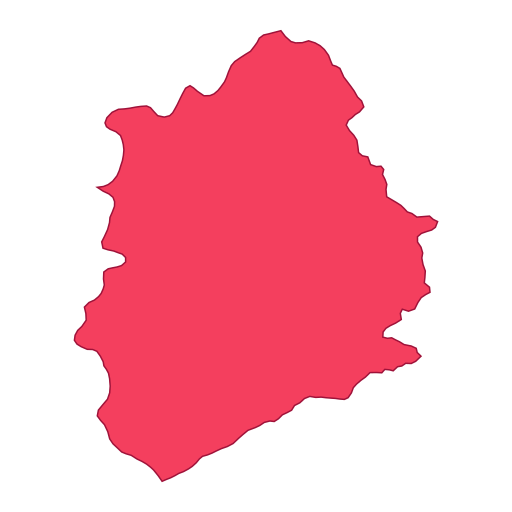 Miravânia, Minas Gerais, Brazil
{"feature_id": "56859067B46830192299051", "entity_name": "Miravânia", "entity_type": "district", "adm_level": 2, "iso_a3": "BRA", "parent_name": "Brazil", "parent_adm1": "Minas Gerais", "projection": "mercator", "projection_center": [-44.42, -14.75], "detail": "fine", "context": "isolated", "style": "filled", "palette": "rose", "viewbox_px": 512, "rotation_deg": 0, "n_neighbors": 0, "source": "geoboundaries", "source_scale": "gbopen_adm2", "svg_char_len": 3381}
<svg xmlns="http://www.w3.org/2000/svg" viewBox="0 0 512 512"><path d="M162.1,481.3L166.7,479.3L170.6,477.8L174.8,475.7L178.8,473.4L183.5,471.6L188.5,468.9L192.2,466.4L196.2,462.8L199.4,458.9L202.5,456.3L207.5,454.9L212.0,453.1L216.2,451.0L221.4,448.6L227.4,446.5L233.1,443.5L238.7,438.2L242.8,434.6L248.0,430.3L255.2,427.6L259.7,425.5L264.3,422.4L269.9,421.0L274.2,421.5L278.4,418.8L282.4,414.8L287.3,412.5L291.6,410.2L294.5,405.5L299.8,402.8L304.5,398.5L309.8,396.4L315.7,397.4L321.1,397.1L325.9,397.7L331.1,398.1L335.3,398.4L339.6,399.0L344.4,399.4L348.1,397.7L351.4,392.9L353.3,387.7L356.5,384.1L360.8,380.4L365.4,377.1L370.0,372.6L376.5,372.5L381.8,372.8L384.8,369.4L389.3,369.8L393.2,370.8L397.6,366.7L401.8,366.0L405.7,363.3L411.2,363.5L415.7,361.3L421.0,356.2L417.2,352.5L416.2,348.3L411.2,346.0L404.1,344.6L399.4,341.7L395.6,339.9L391.7,337.8L387.4,338.3L382.8,337.1L383.1,332.0L385.9,328.3L390.3,325.6L395.6,323.1L401.3,319.5L400.3,313.3L402.3,309.2L408.5,311.2L414.7,309.0L417.9,302.5L421.2,297.6L425.8,294.5L430.0,292.3L429.5,287.2L424.3,282.9L424.9,277.4L425.3,271.0L423.0,264.5L421.8,258.0L422.7,253.0L421.0,247.2L417.5,242.0L417.5,236.7L421.4,233.4L426.5,231.6L431.7,230.0L435.4,227.3L437.6,221.6L433.2,219.4L429.5,216.1L424.3,216.5L416.9,217.1L411.9,213.5L407.3,211.9L404.2,208.6L400.9,205.4L396.7,202.7L391.3,199.5L386.7,196.8L386.0,189.4L386.8,184.4L385.0,179.4L382.5,174.5L383.7,169.5L381.0,166.2L376.3,166.6L370.6,164.6L367.8,156.9L362.3,155.8L358.6,152.6L357.9,146.7L356.9,140.2L353.8,135.3L349.5,130.6L346.2,125.1L348.4,120.2L351.9,117.7L355.3,114.5L359.5,111.9L363.8,106.9L361.6,101.0L357.5,97.0L354.2,91.1L351.0,86.6L347.3,81.7L343.8,77.1L341.8,72.6L339.9,68.4L336.3,66.3L332.4,65.1L330.7,61.1L328.5,55.3L324.4,49.6L320.2,45.8L315.1,42.9L308.6,40.8L302.3,42.7L295.5,42.9L290.9,41.5L285.3,36.5L280.9,30.7L273.1,32.7L268.6,33.9L263.6,35.0L259.3,38.2L257.2,42.4L254.4,46.3L250.5,51.3L245.6,54.3L240.2,57.8L234.7,61.6L231.3,65.6L228.6,71.7L226.4,77.8L224.5,81.9L220.8,87.0L217.9,90.6L214.0,93.9L210.0,95.6L204.0,95.8L197.4,91.3L193.5,87.9L190.0,85.7L185.6,88.2L182.8,93.3L180.2,98.5L177.3,104.6L174.9,109.0L172.7,112.8L169.7,115.7L164.3,117.1L157.7,115.7L153.6,111.3L150.5,107.7L146.6,106.0L140.8,106.4L135.7,107.1L129.8,108.2L124.4,108.9L118.4,109.3L112.1,112.3L106.9,117.7L105.0,122.9L106.5,126.7L110.0,129.2L115.9,131.7L120.5,135.5L122.2,140.0L123.3,144.6L123.9,149.9L123.4,155.4L122.4,160.8L120.7,166.0L119.3,170.6L117.0,175.8L112.6,181.3L108.0,184.7L103.4,186.5L97.3,187.3L103.2,191.2L108.9,193.9L113.0,197.3L114.6,201.7L114.5,206.3L112.4,211.9L110.0,217.4L109.5,222.7L107.6,229.6L104.3,236.8L101.7,241.9L103.0,248.2L108.0,249.8L113.7,251.0L118.2,252.7L122.2,254.1L125.6,257.5L125.6,262.0L121.5,265.6L117.0,267.0L112.8,267.8L108.2,268.8L103.8,272.0L103.5,279.0L104.3,285.0L103.2,288.9L101.2,293.4L98.6,296.6L94.4,300.1L89.0,302.5L84.4,307.1L85.9,313.6L86.2,320.2L81.9,326.4L77.7,330.4L75.1,335.2L74.4,340.3L77.0,344.1L81.2,346.7L87.2,349.3L92.7,349.5L96.9,351.3L100.3,356.1L103.2,361.7L103.9,365.8L106.4,369.3L108.5,373.2L109.6,378.7L110.2,386.1L109.7,392.8L107.5,399.2L102.6,405.0L98.4,410.1L97.3,415.9L100.6,420.4L104.5,424.7L107.8,431.7L109.7,438.9L113.0,443.8L117.6,448.1L121.7,452.0L126.1,453.8L131.2,455.3L137.0,459.0L142.0,461.4L146.6,464.1L150.7,467.3L153.6,470.0L158.2,475.7L162.1,481.3Z" fill="#f43f5e" stroke="#9f1239" stroke-width="1.5"/></svg>